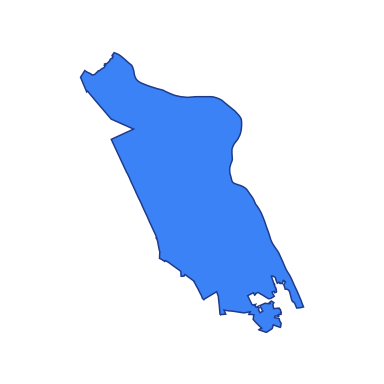 Jersikas pag., Livanu, Latvia, rotated 166°
{"feature_id": "27541924B79082278774679", "entity_name": "Jersikas pag.", "entity_type": "district", "adm_level": 2, "iso_a3": "LVA", "parent_name": "Latvia", "parent_adm1": "Livanu", "projection": "mercator", "projection_center": [26.237, 56.273], "detail": "fine", "context": "isolated", "style": "filled", "palette": "blue", "viewbox_px": 384, "rotation_deg": 166, "n_neighbors": 0, "source": "geoboundaries", "source_scale": "gbopen_adm2", "svg_char_len": 5500}
<svg xmlns="http://www.w3.org/2000/svg" viewBox="0 0 384 384"><g transform="rotate(166 192 192)"><path d="M139.1,39.3L138.8,39.5L138.1,40.9L137.3,42.9L137.5,43.8L137.9,45.2L138.0,45.5L138.2,46.1L138.0,47.3L138.0,47.9L138.5,48.3L138.9,48.5L142.3,50.2L141.3,51.6L140.4,51.5L138.2,50.2L137.6,50.6L137.7,51.0L137.8,51.3L138.1,51.3L138.2,52.0L136.6,52.2L135.2,51.7L134.9,52.3L135.2,53.4L134.5,53.7L134.7,54.9L134.7,55.0L134.7,56.7L135.4,57.3L135.6,57.8L135.5,58.2L136.8,58.5L137.2,58.6L138.4,58.7L141.0,59.1L140.7,63.3L139.3,64.9L140.2,65.8L141.3,67.0L142.7,66.5L143.6,65.9L143.1,65.5L143.0,65.2L143.3,64.8L143.5,64.7L144.0,64.9L144.0,65.2L144.3,65.5L145.4,65.5L146.0,65.4L147.9,66.4L153.5,65.4L153.6,65.2L152.2,59.2L155.2,58.4L155.9,61.4L156.1,61.5L154.9,63.5L156.1,64.2L155.5,65.1L157.6,64.7L157.9,65.1L158.2,65.8L158.4,66.9L157.9,67.0L157.5,67.5L158.9,67.3L159.0,67.7L160.3,67.5L160.9,68.2L161.1,68.5L161.2,69.1L163.1,77.9L156.8,79.4L156.2,76.8L155.5,77.0L154.7,77.7L154.7,78.1L153.6,78.3L152.8,78.5L152.2,78.6L149.5,75.8L149.2,75.7L148.9,75.4L147.7,74.1L147.3,73.7L143.7,70.0L142.7,69.8L141.7,69.7L141.1,69.7L139.5,70.2L138.6,70.5L137.4,70.9L138.4,74.1L138.5,75.6L136.3,75.7L136.2,74.3L134.5,74.4L134.0,75.0L134.0,75.6L134.0,76.4L134.1,77.2L133.8,77.3L134.0,79.1L134.3,79.1L134.5,81.0L134.5,81.7L134.2,81.8L134.3,82.7L134.6,82.6L135.2,89.0L135.2,89.7L135.4,91.1L135.0,91.2L134.5,91.1L134.3,91.1L134.1,90.9L132.5,89.6L131.8,88.9L131.8,86.7L131.8,86.0L131.3,82.8L130.7,83.0L129.5,83.3L129.2,83.3L128.9,83.2L129.0,83.0L129.0,82.2L128.4,81.8L127.8,82.0L126.6,81.2L125.6,82.7L125.5,82.9L124.8,84.1L124.4,83.6L124.0,83.3L123.9,83.4L123.6,82.9L123.4,82.2L123.2,82.1L123.4,81.8L124.4,80.8L125.1,80.1L125.4,79.8L125.3,79.1L125.2,77.7L125.1,76.1L125.0,75.4L125.1,75.2L123.8,74.8L123.3,74.6L122.6,74.0L122.1,73.3L121.7,72.5L121.5,71.8L121.4,69.8L121.4,63.2L121.3,62.7L120.9,61.3L120.7,61.3L120.3,61.0L120.0,60.8L119.8,60.0L119.5,59.6L119.4,59.5L119.4,59.2L119.2,58.7L118.9,56.9L118.5,54.1L116.4,53.7L115.3,53.7L115.1,53.5L111.6,53.5L112.1,57.2L112.4,60.1L113.3,66.1L114.1,70.8L115.4,77.3L116.4,83.3L117.5,88.0L118.6,91.2L119.5,94.4L120.3,99.1L120.8,102.5L122.0,108.9L122.6,112.1L123.3,114.2L124.8,118.1L126.3,122.4L126.8,124.7L127.1,126.7L127.4,132.4L127.7,135.9L128.2,140.1L128.6,145.7L129.3,151.1L129.9,154.8L131.0,159.1L132.4,163.0L133.2,164.8L133.6,167.0L134.1,170.1L135.0,172.9L137.1,178.1L137.8,180.2L138.9,182.3L141.0,184.7L143.3,186.5L147.0,188.8L149.2,190.4L150.0,191.5L150.5,192.6L150.6,194.5L150.6,198.2L150.7,201.0L150.0,204.8L149.2,207.0L147.4,210.1L146.2,211.7L145.2,213.3L144.9,214.1L144.4,217.0L143.8,220.2L142.9,223.7L141.6,225.9L139.9,228.0L139.1,228.8L135.6,231.5L134.1,232.9L132.9,234.4L131.6,235.9L130.1,238.5L129.0,240.9L127.9,244.1L126.8,248.5L126.6,250.8L127.0,252.7L127.9,254.9L130.7,260.1L138.2,270.1L140.7,273.6L142.8,275.6L145.4,277.4L148.1,279.0L150.6,279.9L164.9,283.5L170.9,284.5L173.4,284.9L179.9,287.2L185.3,289.9L189.3,292.7L193.7,296.2L195.4,297.8L200.8,300.7L206.7,304.3L210.9,307.1L214.3,309.6L216.4,311.4L217.9,313.2L218.9,315.2L219.4,317.6L219.5,320.1L219.2,323.0L219.3,325.7L219.4,327.6L219.9,329.6L222.4,332.9L224.7,336.3L227.8,340.7L230.1,343.3L233.9,346.1L235.4,344.7L235.7,344.5L236.6,343.7L236.5,343.2L236.3,343.1L236.0,343.2L235.8,343.1L236.0,342.2L236.4,342.0L236.6,341.9L236.7,341.3L237.1,340.9L238.1,341.0L238.6,340.9L238.9,340.7L239.5,340.2L240.4,339.0L241.1,338.6L242.2,337.9L243.4,337.3L244.2,337.1L244.3,337.1L244.6,337.4L245.2,337.1L245.4,337.0L245.3,337.4L245.4,337.5L245.6,337.4L245.7,337.1L246.0,337.1L245.9,336.6L245.8,336.2L245.7,336.2L245.8,335.9L245.7,335.8L245.9,335.8L245.8,335.7L246.0,335.6L246.1,335.4L246.3,335.3L246.3,335.1L246.4,334.9L246.6,334.6L246.6,334.4L246.8,334.1L248.7,333.7L250.3,333.2L252.4,332.1L253.6,332.3L253.9,332.1L254.8,331.3L254.9,331.2L255.2,331.2L255.4,331.2L257.8,329.6L258.2,329.7L258.7,329.5L259.6,329.7L260.3,329.6L260.7,329.9L261.0,330.1L261.3,330.8L261.8,331.3L265.3,334.2L266.6,335.8L272.4,330.3L271.0,321.3L270.0,314.6L269.0,315.2L263.9,304.6L260.8,298.4L252.8,282.3L233.5,267.2L257.6,262.6L251.2,229.5L251.1,229.3L250.7,226.9L250.2,225.4L250.0,224.5L249.1,219.9L248.7,216.9L248.0,213.5L247.1,208.8L246.7,206.7L246.5,205.3L245.1,198.1L244.9,197.5L244.8,197.0L244.2,194.2L244.1,193.4L244.0,193.1L243.8,192.7L243.9,192.1L242.8,186.1L241.2,178.1L241.2,177.6L241.1,177.3L240.6,174.2L238.5,163.2L237.9,160.4L237.7,159.3L237.6,158.6L237.5,157.7L237.3,155.5L237.8,155.7L237.4,154.3L237.4,153.4L237.3,152.4L237.7,146.0L237.8,142.7L237.6,142.2L237.6,141.8L237.7,141.7L237.8,141.6L239.6,135.4L237.9,134.1L235.3,131.2L234.5,132.0L233.2,130.8L233.3,130.8L232.3,129.9L231.2,128.7L228.1,124.9L227.9,124.7L223.2,119.2L222.1,117.7L222.1,117.3L222.6,114.9L223.0,113.0L223.0,112.9L222.8,112.8L220.1,112.3L218.8,113.7L214.9,109.0L211.7,105.1L211.9,105.1L210.9,101.5L210.5,99.7L210.4,99.3L210.2,98.7L209.8,97.3L209.6,97.0L209.7,96.9L209.3,95.0L208.5,91.6L208.0,89.6L207.6,86.2L206.5,84.6L205.9,85.1L192.2,89.3L191.7,83.9L192.1,82.1L192.9,75.9L193.2,73.9L193.4,72.8L194.4,66.6L194.0,66.0L193.9,66.1L188.8,65.3L189.5,69.7L185.2,67.8L181.8,66.7L170.8,62.1L164.5,61.7L166.5,59.5L161.7,58.0L163.1,54.5L163.5,53.5L162.8,52.2L162.4,51.5L162.3,51.2L160.7,48.4L159.7,46.7L157.3,43.0L160.2,42.4L160.5,42.2L160.1,41.8L156.2,39.4L154.2,38.0L153.4,37.9L153.0,38.0L149.0,39.5L148.9,39.4L147.1,40.2L146.0,42.2L145.9,42.2L145.4,43.0L145.5,43.0L145.3,43.4L143.8,42.5L143.5,42.1L139.1,39.3Z" fill="#3b82f6" stroke="#1e3a8a" stroke-width="1.5"/></g></svg>